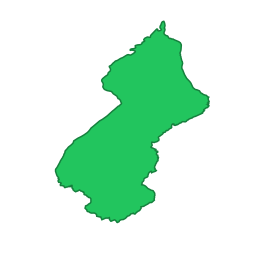 Palora, Morona Santiago, Ecuador (Equal Earth projection), rotated 244°
{"feature_id": "8360857B98088290450398", "entity_name": "Palora", "entity_type": "district", "adm_level": 2, "iso_a3": "ECU", "parent_name": "Ecuador", "parent_adm1": "Morona Santiago", "projection": "equal_earth", "projection_center": [-78.165, -1.664], "detail": "fine", "context": "isolated", "style": "filled", "palette": "green", "viewbox_px": 256, "rotation_deg": 244, "n_neighbors": 0, "source": "geoboundaries", "source_scale": "gbopen_adm2", "svg_char_len": 5759}
<svg xmlns="http://www.w3.org/2000/svg" viewBox="0 0 256 256"><g transform="rotate(244 128 128)"><path d="M53.8,71.2L52.8,71.5L51.9,71.6L51.6,72.1L51.5,73.9L51.3,75.8L49.4,76.6L48.1,76.7L47.8,76.9L47.7,77.3L47.8,79.0L48.5,79.8L48.6,80.7L48.5,81.9L47.8,83.6L47.9,85.9L48.4,87.6L49.0,88.7L48.7,90.5L48.8,91.5L49.6,92.8L49.2,94.0L49.1,95.5L48.1,95.8L47.6,96.6L48.5,98.9L48.5,99.6L48.8,100.7L48.7,101.9L48.8,102.4L50.1,104.5L50.3,104.7L51.5,105.1L50.7,107.9L50.9,109.0L51.0,112.5L51.5,115.1L50.9,115.8L50.7,116.8L51.6,120.1L52.7,120.3L53.9,121.4L55.0,121.8L55.5,122.5L57.4,123.3L58.1,123.4L60.5,123.1L60.9,122.8L62.2,121.3L63.2,120.7L64.8,119.4L67.8,118.4L69.0,117.7L70.3,116.5L71.0,115.4L72.1,116.4L73.0,116.9L73.4,118.4L73.8,119.1L75.1,119.9L75.4,120.4L75.6,121.4L75.5,123.9L75.7,124.5L76.5,125.0L78.3,126.7L78.9,128.0L79.0,129.7L77.4,129.6L77.5,130.8L77.3,131.9L77.1,133.5L77.3,134.8L77.8,134.7L78.8,134.1L79.5,134.3L79.8,134.6L80.3,134.3L80.6,134.4L82.2,135.5L82.7,136.4L83.9,137.5L84.1,138.1L84.3,138.5L85.1,139.0L85.3,139.3L85.3,140.2L85.8,140.8L86.7,141.2L87.1,141.1L87.4,141.8L87.9,142.3L88.5,141.8L88.9,142.4L89.9,142.3L90.4,142.8L90.8,142.4L91.8,142.0L92.7,142.5L93.5,143.2L93.6,143.5L93.2,143.9L93.3,144.2L93.6,144.3L94.1,144.4L94.4,143.8L95.7,142.6L96.1,142.7L96.2,143.6L96.5,143.7L97.4,142.8L99.2,141.4L100.2,140.3L100.4,140.2L100.9,140.4L101.7,142.0L102.3,142.3L103.4,142.4L104.7,143.1L104.8,143.3L103.4,145.3L103.4,146.6L103.0,147.9L103.3,149.1L103.2,150.1L104.3,150.9L106.1,151.1L106.6,151.6L106.7,152.3L106.8,153.4L107.0,154.1L107.2,155.6L107.7,157.1L108.5,157.6L108.0,159.2L108.0,159.7L108.3,160.4L108.9,161.0L108.9,161.5L108.4,162.5L108.7,164.0L109.1,164.6L109.0,166.8L109.5,167.6L110.2,167.5L110.8,168.3L111.5,168.5L112.1,169.7L112.0,170.1L111.7,170.2L111.6,170.8L111.2,171.1L110.5,170.6L109.7,171.4L109.7,171.9L109.5,172.3L109.8,173.1L109.4,173.4L109.3,174.3L109.4,174.7L109.7,177.0L109.4,177.5L109.5,178.4L109.9,179.6L109.2,180.9L109.0,181.4L108.5,181.9L108.4,183.2L109.1,184.8L108.9,185.7L109.2,186.5L109.3,187.7L109.1,188.5L109.1,189.4L108.9,190.1L109.2,191.1L109.2,191.9L109.1,192.8L108.9,193.7L108.7,201.3L109.1,201.3L109.1,201.9L109.4,202.1L109.6,202.5L110.1,204.1L110.5,203.8L111.3,204.1L111.6,206.4L111.9,207.2L111.5,208.4L111.7,209.0L112.1,209.4L112.3,210.3L112.6,210.5L113.1,210.0L113.7,209.8L114.0,209.9L114.0,210.7L114.3,211.0L114.7,210.2L114.8,210.8L115.4,211.8L115.6,211.8L116.1,211.3L116.3,212.5L117.4,212.5L118.5,212.6L119.7,213.2L120.3,214.1L121.3,213.2L122.9,212.8L123.9,211.6L125.0,210.5L126.5,209.7L127.7,208.8L130.1,208.5L132.1,206.7L133.2,205.3L135.3,204.3L136.1,204.1L140.8,204.2L142.6,203.9L146.9,202.5L151.3,202.2L156.1,202.6L158.0,202.5L159.9,203.5L162.1,205.4L163.9,205.9L164.8,205.8L168.2,206.5L169.4,206.9L170.5,206.8L171.3,207.5L172.3,207.4L172.7,207.6L173.2,208.3L174.9,209.8L179.0,212.2L179.7,212.4L181.6,212.4L183.3,211.5L187.2,208.1L188.2,207.5L188.9,206.2L189.8,205.7L190.1,204.8L190.5,204.4L191.3,204.1L193.1,204.0L193.6,203.7L194.8,202.4L196.4,201.8L197.2,201.8L198.0,202.2L199.7,204.0L200.3,204.4L200.8,204.6L201.8,204.4L202.6,205.2L203.9,206.2L206.3,206.9L208.1,207.0L208.3,206.7L208.4,205.7L208.2,204.9L207.7,204.2L206.2,202.7L205.5,201.6L204.5,200.9L203.7,200.7L203.4,200.9L202.0,201.1L201.5,200.6L201.5,199.4L201.8,198.2L202.1,197.8L202.6,197.5L203.3,197.9L203.9,197.8L204.3,197.4L204.2,196.8L201.6,189.7L201.2,188.9L200.6,188.4L200.0,188.1L199.8,187.6L200.2,186.8L201.1,185.7L201.3,185.1L201.3,182.4L200.6,181.0L200.0,180.8L199.0,181.2L198.8,181.0L198.7,180.7L198.7,178.2L198.0,177.9L197.9,177.7L197.5,176.8L197.5,175.7L198.5,173.0L198.8,171.3L198.8,170.6L198.6,170.4L196.9,170.2L196.7,169.7L196.8,168.0L197.5,166.0L197.6,165.3L197.6,164.6L197.1,164.1L196.7,164.3L196.5,165.3L196.1,166.0L195.4,166.9L194.2,168.1L193.6,168.1L193.0,167.3L192.5,164.7L192.4,162.2L193.9,160.3L194.1,159.1L193.6,154.1L193.8,151.8L193.4,148.1L193.7,146.0L193.1,144.2L192.9,143.1L191.8,140.4L191.7,138.4L191.2,138.0L189.3,138.2L188.4,138.0L187.7,137.6L186.9,136.8L186.5,134.9L186.1,134.2L185.1,133.5L184.7,132.8L184.6,132.3L184.4,130.5L183.5,126.8L182.9,125.7L181.9,125.0L179.1,125.2L178.4,125.1L177.5,124.6L176.0,123.4L173.8,123.5L172.8,123.9L170.8,125.6L168.6,128.5L167.9,129.2L165.2,129.8L161.5,132.0L160.5,132.0L159.7,131.9L158.7,132.0L157.9,132.8L156.1,133.3L154.6,133.0L153.2,133.1L152.6,132.5L152.2,130.9L151.7,130.0L151.9,128.9L150.4,123.4L150.0,121.5L148.0,114.6L147.6,112.4L147.0,108.7L146.8,105.5L144.8,97.7L144.4,95.9L144.1,94.6L143.3,93.3L142.3,91.1L141.7,89.3L141.1,85.6L140.8,82.1L140.8,78.5L140.2,73.6L138.7,72.2L138.3,71.4L137.5,68.8L137.0,66.2L135.8,63.7L135.2,62.0L134.8,61.3L133.4,60.4L132.6,59.1L131.1,57.7L130.6,56.8L129.7,55.7L129.4,55.0L128.0,52.8L126.9,51.5L123.7,47.0L122.7,45.0L122.4,44.7L120.9,43.9L117.5,43.4L115.9,43.3L113.8,43.8L113.1,43.0L112.8,43.0L112.4,43.5L112.1,43.6L111.9,43.5L111.2,42.0L110.9,41.9L109.6,41.9L109.4,42.1L108.9,43.0L108.2,43.6L107.7,43.7L106.9,42.4L106.4,42.2L105.9,42.1L105.6,42.8L104.0,44.9L102.3,44.9L102.2,45.1L101.9,45.9L102.0,46.4L101.4,48.2L101.5,49.7L101.0,50.1L100.8,50.0L100.5,50.7L101.3,51.4L101.3,51.8L100.9,52.5L98.6,51.4L97.6,51.9L96.6,51.5L96.2,51.8L94.8,52.2L93.6,53.1L93.7,53.5L93.5,54.4L93.5,55.6L93.4,55.9L93.6,57.1L93.2,57.5L92.1,57.9L91.5,58.7L90.3,59.5L90.0,60.0L89.6,59.7L88.8,60.1L87.6,59.4L87.3,59.5L86.1,60.8L85.6,61.2L84.4,61.3L84.0,61.8L82.9,62.1L82.2,63.2L80.8,63.6L80.4,63.5L78.1,62.4L77.5,62.0L77.0,61.0L76.9,59.1L76.7,58.5L76.5,58.1L76.4,57.1L76.6,56.2L76.5,55.6L76.0,55.4L75.5,54.8L74.6,54.2L72.4,55.1L71.6,54.8L70.8,54.9L69.5,56.4L68.7,56.7L67.7,57.6L66.3,60.5L65.6,61.1L64.1,61.8L62.4,61.2L60.2,63.9L60.0,64.5L57.0,64.3L56.8,68.5L55.7,70.7L55.7,71.9L55.3,71.9L53.8,71.2Z" fill="#22c55e" stroke="#15803d" stroke-width="1.5"/></g></svg>